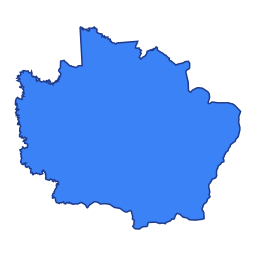 outline of El Carmen De Chucuri, Santander, Colombia
{"feature_id": "7082276B87147370357978", "entity_name": "El Carmen De Chucuri", "entity_type": "district", "adm_level": 2, "iso_a3": "COL", "parent_name": "Colombia", "parent_adm1": "Santander", "projection": "mercator", "projection_center": [-73.616, 6.671], "detail": "fine", "context": "isolated", "style": "filled", "palette": "blue", "viewbox_px": 256, "rotation_deg": 0, "n_neighbors": 0, "source": "geoboundaries", "source_scale": "gbopen_adm2", "svg_char_len": 5586}
<svg xmlns="http://www.w3.org/2000/svg" viewBox="0 0 256 256"><path d="M240.6,111.4L234.5,105.1L232.3,103.8L229.9,103.4L228.7,102.8L217.8,102.8L212.1,102.0L209.8,103.6L208.4,103.5L208.1,102.5L209.6,97.5L209.2,93.8L207.9,91.8L202.4,88.2L198.5,87.7L196.6,88.0L192.5,90.1L190.6,92.2L188.5,90.8L188.2,82.3L185.8,72.1L186.3,70.4L188.9,68.9L189.6,67.9L189.7,63.3L188.4,61.3L185.1,61.6L183.2,62.9L177.3,64.3L176.0,65.1L171.1,61.0L169.5,60.4L169.1,59.5L169.4,58.3L167.3,57.0L166.0,55.3L164.4,54.8L163.4,53.7L158.1,50.6L157.3,49.6L157.4,47.9L156.4,47.0L155.9,47.1L155.5,48.1L153.5,48.8L153.7,49.3L152.5,49.5L153.0,50.2L151.2,50.5L151.0,49.9L150.1,50.0L148.1,51.1L147.2,51.2L146.6,53.8L145.2,55.9L142.4,57.5L140.9,59.1L140.1,58.3L139.9,57.6L139.2,57.2L141.2,53.2L140.2,52.2L140.7,51.7L140.7,50.9L141.3,50.3L139.5,49.3L139.1,48.0L136.5,48.2L135.5,47.8L135.9,45.3L136.5,44.6L137.7,41.3L116.9,43.0L116.4,43.7L115.5,43.9L114.2,43.0L112.1,42.7L111.0,41.1L110.2,41.3L110.2,39.2L109.4,39.0L108.4,39.4L107.8,37.8L107.9,37.1L105.7,37.2L105.5,37.9L104.0,37.1L104.7,36.3L104.4,35.9L103.3,36.4L102.6,35.7L102.1,36.3L102.2,34.5L101.9,34.0L98.9,33.5L97.0,32.3L96.4,31.1L97.0,30.7L97.0,29.3L95.1,27.8L94.4,28.3L94.1,27.1L93.3,27.8L91.7,28.2L90.5,28.4L89.8,28.0L88.3,28.5L88.1,28.9L89.1,29.1L89.5,29.9L89.5,30.6L89.0,31.0L87.1,30.5L86.5,29.3L84.0,29.3L83.0,28.3L83.0,29.7L82.5,29.7L81.9,28.2L80.8,27.0L80.1,27.6L82.2,65.6L78.3,65.8L76.5,67.4L75.3,67.4L73.5,66.6L72.4,66.7L71.0,65.8L69.7,65.8L66.5,62.6L65.1,61.8L64.2,60.4L60.6,61.1L60.4,67.9L58.8,69.7L58.9,71.3L60.7,73.4L60.6,75.3L59.9,76.3L59.4,76.3L59.8,77.1L58.9,77.3L58.3,78.3L58.2,78.7L58.8,78.6L59.1,79.4L58.0,80.3L57.6,80.0L56.8,80.5L57.5,81.1L56.4,81.1L56.7,81.6L56.0,82.3L55.3,81.7L55.0,82.4L54.4,82.4L54.2,83.0L53.6,83.0L53.6,83.5L52.7,83.3L52.7,84.1L52.1,83.2L50.8,84.2L48.8,83.5L50.6,82.0L49.1,79.9L48.6,80.1L47.9,81.7L47.0,81.6L46.9,80.6L46.4,80.6L46.0,81.4L46.2,82.3L43.7,81.0L42.9,81.7L42.0,81.9L40.5,81.6L39.6,80.6L39.6,78.7L38.6,78.9L38.5,79.8L36.9,81.3L36.4,80.3L36.4,79.2L37.3,77.9L36.3,77.8L36.5,76.5L36.2,76.3L35.1,77.1L34.3,77.0L33.7,76.2L32.8,76.8L31.6,75.5L32.0,73.8L31.5,71.5L30.9,72.9L29.8,73.0L28.7,72.4L28.1,70.9L26.5,71.3L24.9,70.7L23.5,70.6L23.0,71.0L23.0,72.1L22.3,71.4L22.0,72.2L20.2,72.3L20.9,74.6L19.6,75.9L18.4,75.4L17.5,76.1L17.8,76.6L18.1,76.1L18.9,76.3L17.2,78.1L18.7,78.0L19.9,79.0L17.3,80.6L20.1,81.6L21.1,84.3L22.1,85.0L21.4,86.3L20.1,86.5L19.8,87.2L21.2,87.7L21.6,86.6L23.6,86.9L23.6,87.7L22.7,88.8L23.7,90.2L23.6,91.3L22.7,92.7L24.0,92.9L24.2,93.4L22.1,95.3L22.2,95.8L23.6,96.3L22.1,96.8L21.9,99.4L19.6,98.9L17.5,97.4L16.1,99.1L15.4,102.0L15.7,103.2L16.8,103.5L17.0,104.0L15.4,104.0L15.4,104.4L15.6,104.9L16.9,105.6L17.3,106.4L15.8,109.4L16.3,109.7L18.1,108.9L18.8,109.6L16.7,110.9L15.6,112.8L16.2,113.1L16.3,115.5L17.9,114.8L18.8,115.5L17.8,115.9L17.4,117.1L17.6,117.6L19.1,118.0L17.9,119.3L19.2,121.7L19.3,123.7L19.0,124.0L18.1,122.8L17.5,124.1L18.1,124.7L19.9,124.4L20.6,126.2L19.8,128.4L19.7,131.2L19.7,131.6L20.9,132.2L19.6,134.5L19.6,136.7L20.1,136.9L21.9,136.2L22.2,136.8L21.7,137.9L23.7,138.1L24.6,137.3L25.6,138.2L26.5,138.1L26.3,140.0L24.2,139.8L23.3,141.4L24.9,141.8L24.8,143.3L27.1,143.7L27.7,144.9L27.3,147.5L25.8,147.6L24.5,148.6L23.2,147.2L22.6,147.0L22.5,148.1L21.5,149.4L20.0,149.7L20.2,150.8L21.6,152.0L20.5,153.8L21.4,155.1L20.9,156.6L21.8,157.6L20.6,161.9L22.0,164.2L22.9,164.6L23.6,164.4L24.0,163.3L26.0,163.2L25.1,164.2L25.5,166.7L26.9,167.4L27.6,166.8L28.8,166.6L29.3,167.0L29.6,168.5L31.1,168.7L30.6,171.9L31.0,173.0L32.3,172.8L32.7,174.6L33.2,174.6L33.4,173.7L34.9,173.8L36.6,173.0L37.3,173.7L39.1,173.7L39.7,174.5L41.5,174.2L42.7,173.6L42.0,171.3L43.1,170.1L43.6,171.1L44.8,171.5L44.8,172.6L45.7,173.2L45.4,174.4L46.0,175.6L45.6,178.5L46.0,179.3L49.3,180.3L49.9,179.5L50.5,179.5L50.9,179.0L52.3,179.9L52.3,180.8L53.4,181.6L54.1,180.7L54.0,179.9L54.5,179.7L55.5,181.5L56.8,181.2L58.0,181.6L58.5,183.3L58.2,183.7L57.5,183.7L58.4,184.5L58.0,184.8L56.9,184.4L56.3,184.9L56.2,185.6L56.7,186.4L56.3,188.1L55.7,188.5L54.0,192.0L54.2,193.1L53.1,193.5L52.3,195.6L52.8,196.1L52.4,197.2L52.6,198.1L53.1,198.1L54.0,197.3L55.5,198.3L55.4,200.1L56.4,202.5L59.3,203.4L59.5,202.9L60.6,202.7L61.4,202.9L63.3,201.8L63.7,202.0L64.1,203.4L65.7,203.9L66.5,202.5L68.4,203.1L69.2,202.3L70.2,203.5L71.1,203.2L71.5,203.7L73.4,204.3L75.3,203.8L77.6,204.0L81.3,202.4L84.8,204.4L85.7,205.2L86.9,207.6L87.6,207.7L89.2,205.2L93.9,202.0L95.2,201.7L97.7,202.2L100.3,204.0L104.8,203.6L109.8,204.3L114.3,207.4L120.1,208.4L124.2,211.4L125.7,212.0L127.0,212.0L130.5,210.4L131.3,211.4L132.3,214.7L132.7,216.8L132.4,219.1L134.4,220.4L133.9,222.8L134.0,224.4L132.8,226.3L134.3,228.2L135.4,228.8L139.4,229.0L142.5,226.8L146.7,226.5L147.5,225.8L148.0,223.0L148.6,222.5L155.5,222.1L159.6,223.5L162.8,223.0L165.3,223.7L166.4,222.3L170.2,221.0L172.0,219.0L173.6,219.2L174.4,218.7L175.1,216.2L176.4,214.0L177.3,213.4L179.9,214.3L183.0,217.1L187.2,218.0L189.3,219.7L195.2,220.1L202.0,219.3L204.1,218.6L203.8,212.7L203.0,210.9L202.4,210.5L202.1,208.9L203.7,204.3L206.0,202.6L206.8,201.6L207.5,199.1L209.8,197.1L210.0,196.4L209.0,195.0L209.8,192.0L208.7,186.6L208.9,184.4L210.6,182.4L210.6,181.5L211.4,181.1L212.1,179.3L215.1,178.1L216.1,177.2L216.7,175.4L216.4,173.2L216.7,169.9L217.7,168.2L218.2,166.0L220.9,163.8L221.4,162.6L223.9,161.6L223.8,159.8L223.1,158.7L224.3,156.0L224.4,154.8L225.5,153.7L225.6,152.6L227.9,150.8L228.8,148.1L230.1,146.6L230.6,144.6L235.1,141.3L236.1,138.8L237.7,137.3L238.3,136.3L239.8,130.2L239.9,127.6L238.6,122.3L239.0,119.3L238.7,116.9L240.6,111.4Z" fill="#3b82f6" stroke="#1e3a8a" stroke-width="1.5"/></svg>